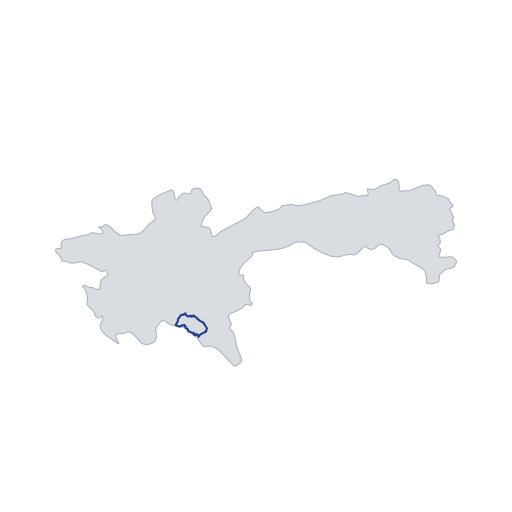 location of Phiang, Xaignabouri, Laos, rotated 295°
{"feature_id": "54806243B59484994865641", "entity_name": "Phiang", "entity_type": "district", "adm_level": 2, "iso_a3": "LAO", "parent_name": "Laos", "parent_adm1": "Xaignabouri", "projection": "natural_earth1", "projection_center": [101.454, 18.877], "detail": "fine", "context": "in_parent", "style": "outline", "palette": "blue", "viewbox_px": 512, "rotation_deg": 295, "n_neighbors": 0, "source": "geoboundaries", "source_scale": "gbopen_adm2", "svg_char_len": 7494}
<svg xmlns="http://www.w3.org/2000/svg" viewBox="0 0 512 512"><g transform="rotate(295 256 256)"><path d="M191.2,76.7L193.2,80.8L202.6,91.8L204.2,94.8L207.7,97.1L210.6,107.0L211.8,107.6L213.3,106.9L214.5,105.5L215.5,101.7L216.1,101.3L217.2,104.4L219.8,105.4L221.0,106.7L221.3,109.1L220.9,111.5L218.7,117.1L217.4,124.6L226.7,140.7L230.5,142.9L239.7,145.5L245.9,149.1L248.8,148.2L251.6,144.3L254.9,142.0L261.0,138.6L262.8,138.4L266.2,139.8L271.8,143.8L280.3,151.3L280.1,153.3L278.5,155.2L274.0,158.2L272.6,160.1L273.5,160.8L277.2,161.3L281.7,163.0L283.1,165.0L283.8,169.4L284.6,170.3L288.8,169.8L290.0,170.4L291.5,171.8L293.0,175.5L293.0,178.3L288.9,183.2L288.5,186.1L286.3,189.6L280.7,195.5L279.2,195.8L268.8,192.6L260.5,193.1L259.8,194.3L261.2,197.8L261.7,201.4L260.4,204.0L255.6,207.5L255.5,209.0L256.5,210.6L263.4,213.7L285.6,230.6L295.7,233.8L300.1,235.9L301.3,237.1L301.2,238.6L300.1,240.5L299.1,243.8L299.1,245.8L300.2,247.7L302.0,250.5L308.2,257.0L312.7,258.5L317.5,265.8L319.0,272.2L321.4,276.4L332.9,290.2L342.6,298.8L348.4,308.0L351.2,310.1L352.1,313.4L352.9,323.1L356.2,327.9L356.9,329.9L358.4,331.3L360.0,331.6L363.4,328.4L364.0,328.9L365.6,334.0L367.0,335.9L372.1,339.0L377.5,345.2L380.5,347.4L384.1,349.2L384.6,351.1L384.0,353.1L382.9,354.4L376.6,358.0L375.8,359.5L380.0,367.4L390.5,377.2L393.8,383.0L393.1,385.9L390.3,391.6L388.1,393.1L387.5,394.9L389.2,399.5L389.1,406.7L387.1,408.4L385.3,412.8L384.0,413.1L380.8,411.5L374.1,419.1L371.2,418.7L367.9,422.9L363.5,423.4L360.5,420.3L354.1,415.3L351.8,412.1L349.8,414.8L346.5,417.4L341.7,416.5L340.5,420.3L339.5,421.0L333.8,421.6L332.7,422.2L333.6,425.7L337.1,431.5L338.1,434.8L336.0,440.3L330.1,440.2L327.4,437.9L324.0,433.3L316.3,430.2L311.3,432.3L309.7,432.2L305.8,428.3L304.4,425.8L303.5,422.1L309.3,419.1L312.3,416.7L314.2,414.2L315.0,411.6L315.9,400.7L316.7,396.9L316.2,392.2L314.6,388.5L314.6,383.0L315.4,378.5L317.6,376.3L319.1,373.0L320.0,365.8L319.3,363.9L317.1,362.2L313.4,360.5L311.1,358.4L310.2,355.8L310.3,353.5L311.4,351.6L308.6,349.4L301.9,347.0L298.2,344.2L297.4,340.8L294.6,336.5L289.8,331.0L287.3,323.2L287.0,313.1L287.5,304.8L289.5,295.2L286.7,288.2L283.6,284.6L279.4,281.9L275.3,278.0L271.4,273.0L266.8,265.6L261.4,255.8L257.7,251.4L255.9,252.4L252.0,251.5L246.1,248.7L240.9,247.1L236.5,246.9L233.6,247.5L232.3,249.1L232.2,250.5L233.3,252.0L232.7,253.1L230.4,254.0L228.6,255.6L226.5,259.2L225.1,263.9L222.9,265.7L219.5,266.1L216.2,267.4L212.9,269.7L211.4,271.5L211.5,272.7L210.8,272.9L209.2,272.3L208.5,270.7L208.5,268.3L206.9,266.6L203.5,265.8L199.6,263.1L192.1,256.3L190.4,256.1L188.0,257.8L184.8,261.6L182.2,263.1L180.1,262.3L178.5,263.7L177.4,267.1L175.3,269.9L165.4,277.2L156.4,286.6L154.1,287.5L148.7,284.8L146.9,283.0L154.4,263.7L155.5,259.0L155.3,252.8L152.1,247.6L152.0,246.1L152.5,244.5L156.3,238.5L160.7,223.1L160.5,218.3L158.6,213.0L157.5,208.0L158.4,201.2L158.0,198.5L156.0,197.2L149.1,195.8L145.2,196.9L143.3,198.8L141.0,200.0L136.7,200.6L132.6,198.3L129.3,194.4L128.4,189.6L132.7,179.2L133.8,175.3L133.6,173.4L132.9,171.4L131.9,171.2L129.7,168.7L127.6,164.4L125.6,162.5L123.7,162.9L122.0,164.5L119.1,168.5L118.2,168.0L120.8,153.7L123.1,147.7L125.9,144.8L128.9,143.7L132.0,144.1L134.6,143.6L136.7,142.1L136.5,141.3L134.0,141.0L133.1,139.4L133.6,136.4L134.7,134.4L136.4,133.5L138.0,130.4L139.6,125.2L141.6,122.6L143.8,122.5L147.8,120.3L153.3,115.9L155.4,111.6L157.5,113.6L156.7,118.5L157.8,119.6L158.4,121.3L158.1,124.1L158.5,126.4L159.4,127.6L160.6,128.1L166.5,126.1L170.0,126.0L175.9,129.6L179.4,126.9L179.4,125.9L176.6,122.5L177.4,110.0L177.1,100.5L172.2,93.4L171.2,90.6L170.7,86.0L169.4,82.1L172.8,78.9L174.7,73.1L177.1,71.7L177.9,71.9L180.8,76.3L184.6,74.1L187.4,74.1L189.9,75.3L191.2,76.7Z" fill="#d9dde1" stroke="#a8b0b8" stroke-width="1"/><path d="M175.7,224.5L175.4,224.5L175.3,224.4L175.2,224.3L175.0,224.5L174.9,224.6L174.7,224.6L174.5,224.4L174.6,224.1L174.6,223.9L174.5,223.7L174.4,223.6L174.5,223.6L174.4,223.5L174.3,223.4L174.4,223.2L174.3,222.9L174.3,222.7L174.2,222.5L174.1,222.4L174.3,222.2L174.3,221.9L174.0,221.8L173.8,221.8L173.5,221.7L173.3,221.1L173.2,220.7L172.7,220.2L172.4,219.9L172.4,219.3L172.6,219.1L172.7,218.7L172.9,218.1L173.1,217.7L173.2,217.4L173.1,217.2L173.2,216.9L173.2,216.7L173.3,216.5L173.2,216.3L173.3,216.3L173.3,216.2L173.4,215.9L173.2,215.9L173.3,215.9L173.2,215.8L173.0,215.6L172.9,215.5L172.8,215.3L172.4,215.2L172.1,215.1L171.8,214.5L171.6,214.1L171.4,213.9L171.2,213.2L170.7,213.0L170.4,213.0L170.1,212.8L169.7,212.7L169.4,212.7L169.2,212.7L168.7,212.7L168.1,212.5L167.9,212.5L167.8,212.4L167.6,212.3L167.3,212.3L167.2,212.2L166.6,212.1L166.4,212.1L166.2,212.1L165.8,212.1L165.5,212.2L165.3,212.2L165.2,212.3L164.7,212.5L164.1,212.6L163.8,212.6L162.1,212.6L161.9,212.6L161.6,212.6L161.4,212.6L161.2,212.5L160.6,212.4L160.2,212.3L159.7,212.3L159.6,212.6L159.5,212.8L159.5,213.0L159.4,213.3L159.5,213.6L159.5,213.9L159.3,214.3L159.3,214.5L159.5,214.8L159.5,215.0L159.6,215.3L159.6,215.5L159.7,215.9L159.7,216.0L159.6,216.3L159.6,216.6L159.7,216.8L159.8,216.8L159.9,217.0L160.0,217.1L160.5,217.3L160.7,217.5L160.8,217.6L161.0,217.6L161.1,217.8L161.1,218.0L161.4,218.3L161.5,218.4L161.7,218.6L161.8,218.7L162.0,218.6L162.1,218.9L162.3,219.0L162.5,219.1L162.8,219.4L163.0,219.6L163.0,219.8L163.2,220.1L163.1,220.4L163.0,220.5L162.8,221.0L162.7,221.1L162.6,221.6L162.6,221.8L162.4,222.0L162.1,222.0L161.8,222.0L161.6,222.0L161.4,222.2L161.4,222.3L161.4,222.5L161.1,222.7L161.0,222.8L160.9,222.9L160.9,223.0L161.0,223.2L161.0,223.3L160.9,223.4L160.9,223.5L161.0,223.7L161.1,223.9L161.1,224.0L161.1,224.4L161.1,224.6L161.0,224.8L160.9,224.9L160.7,224.9L160.3,225.1L160.3,225.5L160.2,225.7L160.1,225.8L159.9,225.9L159.6,226.1L159.3,226.5L159.3,226.8L159.2,226.9L159.3,227.0L159.3,227.3L159.4,227.5L159.5,227.8L159.5,228.0L159.5,228.4L159.5,228.5L159.3,229.0L159.2,229.1L159.2,229.3L159.3,229.6L159.3,229.9L159.4,230.0L159.5,230.1L159.6,230.3L159.6,230.5L159.5,230.8L159.4,231.0L159.4,231.3L159.4,231.5L159.4,231.8L159.5,231.9L159.4,231.9L159.2,232.0L159.0,232.4L158.9,232.5L159.0,232.7L159.0,232.8L158.9,233.0L158.8,233.3L158.7,233.3L158.5,233.5L158.4,233.6L158.5,233.7L158.7,234.0L158.8,234.1L158.7,234.2L158.7,234.3L158.8,234.4L158.9,234.5L159.2,234.5L159.3,234.5L159.5,234.7L159.6,234.8L159.8,235.0L160.0,235.0L160.1,235.3L160.2,235.5L159.9,235.8L159.7,236.0L159.7,236.3L159.5,236.5L159.4,236.7L159.4,236.8L159.2,237.0L159.1,237.3L159.1,237.5L158.9,237.7L158.9,237.8L158.7,238.0L159.0,238.1L159.3,238.3L159.7,238.4L160.4,238.2L160.6,238.2L160.8,238.3L161.1,238.5L161.4,238.9L161.5,238.9L161.8,238.9L161.9,239.0L162.0,239.1L162.2,239.4L162.3,239.5L162.5,239.6L162.8,239.8L163.0,240.0L163.3,240.1L163.5,240.2L163.7,240.4L164.0,240.6L164.6,241.3L165.6,242.1L165.8,242.3L166.0,242.4L166.3,242.6L166.5,242.7L166.8,242.3L166.8,242.2L167.0,242.1L167.4,242.2L167.6,242.2L167.9,242.3L168.4,242.3L168.7,242.3L169.0,242.3L169.3,242.2L169.6,242.0L169.9,241.8L170.2,241.5L170.4,241.2L170.5,241.0L170.6,240.9L170.9,240.4L171.0,240.2L171.7,238.9L171.9,238.7L172.1,238.5L172.3,238.1L172.4,237.8L172.6,237.6L172.9,237.5L173.1,236.4L173.1,236.2L173.3,236.2L173.5,236.1L173.5,235.7L173.5,234.9L173.5,234.5L173.5,234.2L173.5,233.7L173.6,232.8L173.6,232.3L173.7,231.9L173.8,231.5L174.0,231.1L174.0,230.6L174.0,230.3L174.1,230.0L174.1,229.8L174.3,229.7L174.5,229.4L174.6,229.2L174.7,228.9L174.7,228.7L174.7,228.4L174.8,228.0L175.0,227.7L175.3,227.1L175.2,226.6L175.3,226.1L175.4,225.5L175.5,225.2L175.7,224.8L175.7,224.5Z" fill="none" stroke="#1e3a8a" stroke-width="2"/></g></svg>